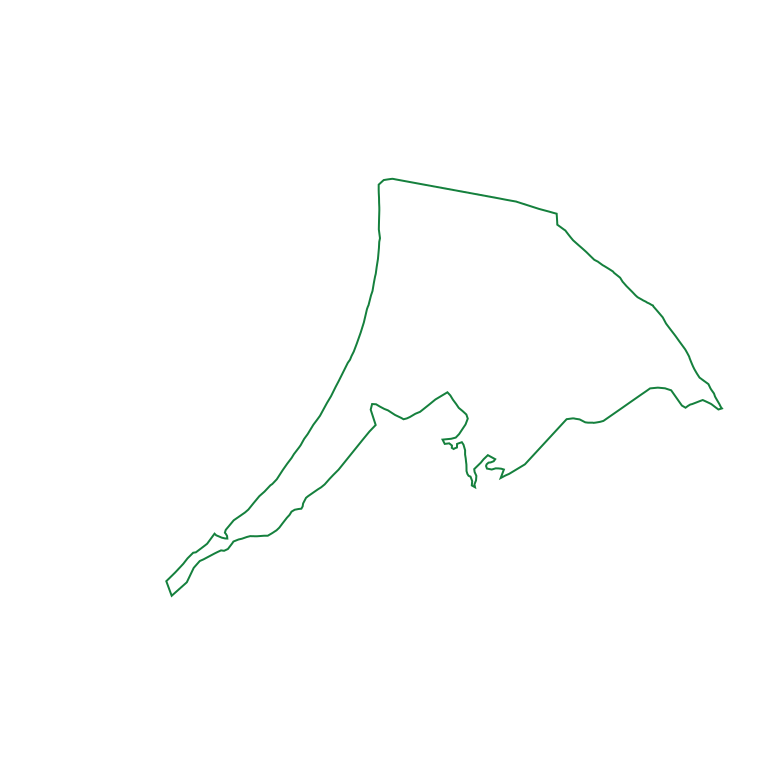 the district of Idku, Al Buhayrah, Egypt, rotated 332°
{"feature_id": "37247803B4110362295427", "entity_name": "Idku", "entity_type": "district", "adm_level": 2, "iso_a3": "EGY", "parent_name": "Egypt", "parent_adm1": "Al Buhayrah", "projection": "robinson", "projection_center": [30.316, 31.299], "detail": "fine", "context": "isolated", "style": "outline", "palette": "green", "viewbox_px": 768, "rotation_deg": 332, "n_neighbors": 0, "source": "geoboundaries", "source_scale": "gbopen_adm2", "svg_char_len": 4232}
<svg xmlns="http://www.w3.org/2000/svg" viewBox="0 0 768 768"><g transform="rotate(332 384 384)"><path d="M670.9,564.2L670.6,562.5L670.7,559.5L670.5,554.5L670.4,551.7L670.4,550.4L670.7,548.6L670.9,547.3L670.6,545.0L670.3,542.7L670.2,541.1L670.3,538.9L670.4,536.4L668.0,531.5L665.6,526.5L665.2,521.9L665.1,519.6L665.0,516.7L665.1,513.6L665.3,511.1L665.6,508.0L666.0,504.5L666.3,503.1L666.3,498.7L666.2,494.9L664.7,484.5L663.9,478.4L662.6,470.6L661.7,465.0L661.4,463.0L661.4,461.7L661.4,456.0L659.1,445.6L658.2,441.8L658.4,441.1L657.2,439.5L656.7,438.6L655.8,437.2L654.6,435.7L653.8,434.2L652.1,431.9L651.4,430.7L649.2,427.3L648.6,426.3L647.7,423.8L646.4,419.1L644.1,411.6L642.9,406.5L642.7,405.8L642.4,401.0L639.3,393.8L639.0,392.2L636.7,388.1L636.0,386.9L633.7,383.0L632.9,381.8L630.7,377.3L630.3,376.4L628.0,373.1L627.5,371.6L626.3,367.9L624.9,363.4L624.4,361.9L622.6,357.0L620.9,352.6L618.8,346.9L618.4,345.8L618.2,344.8L617.6,341.9L617.0,338.6L616.3,334.4L616.2,333.6L615.5,332.3L611.8,324.7L613.1,322.0L616.4,314.7L613.7,312.2L610.6,309.2L607.8,306.6L603.1,302.2L598.9,297.9L595.9,294.8L586.9,285.6L586.5,285.1L581.9,281.5L578.1,278.5L572.8,274.2L511.5,225.6L490.2,208.7L488.5,207.3L487.6,206.7L486.3,206.2L483.3,205.1L479.5,203.8L476.3,204.6L472.9,205.5L470.5,210.0L469.1,212.8L467.1,217.1L464.9,221.4L462.8,225.8L461.5,228.3L457.0,236.2L454.4,240.8L452.0,245.1L448.9,253.4L446.5,256.3L443.4,261.5L437.4,270.7L432.5,277.2L428.4,282.9L426.5,285.0L422.8,289.6L417.5,296.5L414.1,299.7L407.2,307.3L406.3,307.9L404.1,309.9L400.8,313.7L395.1,320.2L387.5,327.7L379.0,335.5L372.5,341.2L368.4,344.1L365.4,346.6L362.0,348.3L345.6,360.0L340.0,363.8L331.5,369.9L324.7,374.0L320.0,377.1L312.6,382.0L308.5,384.0L302.5,386.8L293.1,392.4L287.7,395.0L281.7,398.9L279.3,400.1L271.6,403.6L267.7,405.9L261.2,408.9L254.3,412.4L244.6,417.8L238.3,419.9L236.2,420.1L228.0,422.9L223.8,423.9L221.3,424.5L213.0,427.9L205.3,431.2L200.9,432.2L187.3,433.8L175.8,438.5L173.7,440.6L174.0,442.1L174.1,444.5L173.1,446.9L171.1,445.7L168.5,443.4L167.1,441.6L164.8,438.8L164.1,436.6L152.9,442.0L150.2,442.5L138.9,444.3L136.3,443.4L128.7,445.7L122.2,448.6L111.1,452.4L99.2,455.9L97.1,471.3L116.8,466.5L129.7,457.0L138.2,453.8L142.3,454.1L144.4,454.1L150.8,454.1L154.8,454.1L158.1,454.2L162.0,454.4L164.5,456.2L168.7,456.4L175.3,453.4L177.1,452.4L182.6,453.0L185.9,453.9L191.1,454.7L194.4,455.5L200.1,458.7L206.7,461.6L210.2,463.4L215.1,463.2L220.5,462.7L224.1,461.7L228.8,459.5L235.5,456.5L239.2,455.2L242.4,453.3L246.1,453.1L249.7,454.2L252.5,455.3L254.7,453.9L256.5,451.5L261.7,447.9L264.3,447.4L276.0,446.0L280.0,445.7L284.5,444.8L291.4,442.2L296.5,440.5L303.7,438.3L332.5,426.0L339.3,423.1L348.9,419.1L357.4,416.3L360.2,400.4L364.1,396.1L367.5,398.2L369.7,401.9L372.6,406.2L375.1,409.1L379.2,416.5L383.2,421.9L384.7,424.3L388.0,425.1L391.4,425.3L397.7,425.0L402.8,425.5L414.6,423.3L422.1,421.8L436.1,421.1L437.2,425.2L437.5,430.3L438.3,435.5L438.8,440.2L440.7,444.8L442.4,449.6L441.7,453.9L437.0,458.0L432.7,460.3L426.8,463.5L422.2,465.0L417.6,463.9L413.0,462.0L409.6,460.6L409.5,465.4L413.7,467.0L415.1,470.2L413.9,472.2L415.0,474.1L416.0,474.0L418.6,474.3L420.4,471.2L425.4,471.9L425.7,474.9L424.5,480.6L422.5,484.3L421.2,488.1L419.9,491.3L419.0,493.7L417.9,495.9L416.0,499.6L415.4,502.6L415.6,504.8L416.9,506.4L416.3,511.1L413.9,514.8L415.9,517.9L416.7,515.1L420.0,512.3L422.4,508.5L422.7,504.2L423.7,501.5L427.1,500.5L432.6,498.9L436.6,497.2L442.3,495.6L446.9,502.6L444.6,503.7L441.3,503.3L439.4,502.5L436.9,503.1L435.6,504.3L435.2,507.0L439.0,510.1L443.0,510.9L445.3,512.2L447.7,513.8L449.7,515.8L442.9,521.8L445.9,521.8L448.1,521.8L449.9,521.9L452.2,522.1L470.7,521.1L528.7,500.8L534.1,502.8L535.6,503.6L536.5,504.4L540.1,507.1L543.7,512.3L546.1,514.0L550.2,516.2L550.8,516.7L552.9,517.5L555.3,518.3L557.2,518.9L559.5,519.4L560.4,519.6L582.2,517.0L591.9,515.8L606.0,514.1L612.2,513.4L616.9,512.8L617.6,513.1L623.9,515.7L624.9,516.3L630.2,519.8L631.2,520.9L634.6,524.4L635.5,531.7L636.2,537.3L636.9,542.9L638.2,545.0L639.1,546.5L642.7,546.0L643.7,546.0L644.6,545.9L646.7,546.4L650.8,546.9L655.1,547.4L657.9,547.8L659.9,550.4L662.0,553.2L663.3,555.0L663.9,556.1L665.3,559.2L667.3,563.5L670.9,564.2Z" fill="none" stroke="#15803d" stroke-width="2"/></g></svg>